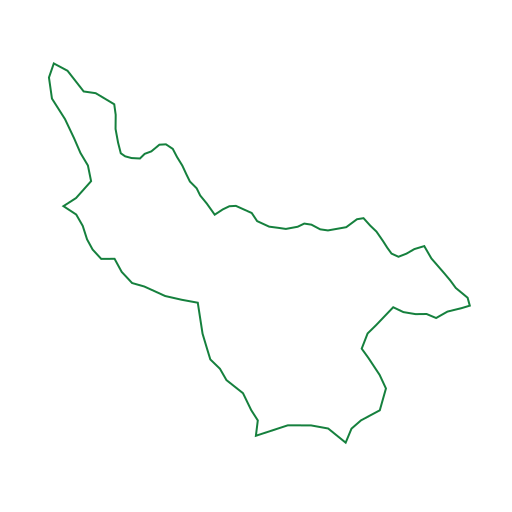 outline of Deryneia, Cyprus, rotated 3°
{"feature_id": "46923920B24128682965394", "entity_name": "Deryneia", "entity_type": "district", "adm_level": 2, "iso_a3": "CYP", "parent_name": "Cyprus", "parent_adm1": "", "projection": "equal_earth", "projection_center": [33.937, 35.078], "detail": "fine", "context": "isolated", "style": "outline", "palette": "green", "viewbox_px": 512, "rotation_deg": 3, "n_neighbors": 0, "source": "geoboundaries", "source_scale": "gbopen_adm2", "svg_char_len": 1428}
<svg xmlns="http://www.w3.org/2000/svg" viewBox="0 0 512 512"><g transform="rotate(3 256 256)"><path d="M106.5,111.9L87.4,101.8L75.3,100.7L58.1,80.9L44.0,74.3L39.9,88.6L44.0,109.5L58.1,129.3L68.2,148.0L75.3,162.3L83.4,174.4L87.4,189.9L73.3,207.5L61.1,216.3L74.3,224.0L81.4,235.0L86.4,248.2L92.5,258.1L101.6,267.0L114.9,266.2L122.7,278.9L133.7,289.5L146.0,292.3L167.3,300.7L184.1,303.6L200.3,305.7L206.7,336.4L211.8,350.7L215.8,361.7L225.9,370.5L233.0,381.5L250.2,393.7L259.3,410.2L266.4,420.1L265.3,435.5L296.7,423.4L319.9,422.3L337.1,424.5L355.3,437.7L360.4,423.4L369.5,414.6L387.7,403.6L392.7,381.5L385.7,368.3L373.5,351.8L366.4,343.0L371.5,327.5L379.6,318.7L395.7,300.0L406.1,304.3L418.4,305.7L429.4,305.0L439.1,308.5L450.1,301.5L464.3,297.2L472.1,294.4L469.5,286.6L457.2,277.5L451.4,270.4L444.9,263.4L431.3,249.3L423.5,237.3L413.8,240.8L406.1,245.8L398.3,249.3L391.2,246.5L386.6,240.8L382.1,234.5L375.0,225.3L368.5,219.7L361.4,212.6L354.9,214.0L344.6,222.5L326.5,226.7L318.7,226.0L309.7,221.8L302.5,221.1L296.1,224.6L284.4,227.4L276.7,226.7L267.6,226.0L255.3,221.1L249.5,213.3L233.3,207.0L226.8,207.7L220.4,211.2L212.6,216.9L204.2,206.3L197.1,198.5L193.2,191.5L186.1,185.1L182.2,178.1L177.7,169.6L171.9,161.2L167.3,153.4L160.2,149.2L153.7,149.9L146.0,157.0L139.5,159.8L135.0,164.7L126.6,164.7L120.1,163.3L115.6,160.5L112.3,149.9L109.1,136.5L108.5,122.4L106.5,111.9Z" fill="none" stroke="#15803d" stroke-width="2"/></g></svg>